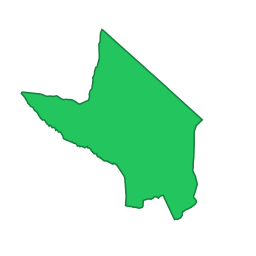 the district of San Miguel Mixtepec, Oaxaca, Mexico, rotated 224°
{"feature_id": "50627088B95758016663451", "entity_name": "San Miguel Mixtepec", "entity_type": "district", "adm_level": 2, "iso_a3": "MEX", "parent_name": "Mexico", "parent_adm1": "Oaxaca", "projection": "robinson", "projection_center": [-96.942, 16.759], "detail": "fine", "context": "isolated", "style": "filled", "palette": "green", "viewbox_px": 256, "rotation_deg": 224, "n_neighbors": 0, "source": "geoboundaries", "source_scale": "gbopen_adm2", "svg_char_len": 3738}
<svg xmlns="http://www.w3.org/2000/svg" viewBox="0 0 256 256"><g transform="rotate(224 128 128)"><path d="M215.2,180.7L213.6,177.0L209.1,171.9L207.9,170.6L207.3,168.2L197.3,158.5L192.7,150.5L193.3,149.4L191.1,145.0L189.9,143.9L189.2,142.5L188.6,141.3L188.4,140.0L188.4,139.6L186.9,138.8L183.9,134.9L183.2,133.6L182.3,132.5L181.9,132.3L181.4,131.6L181.1,128.6L180.0,126.4L179.1,125.0L178.4,124.7L177.0,123.1L176.4,122.0L175.7,120.2L176.6,118.3L178.7,113.1L179.3,111.8L180.5,110.9L183.7,110.6L187.2,109.6L188.9,108.8L189.4,108.0L190.1,107.6L190.8,106.8L192.1,106.0L192.4,105.6L193.4,104.5L193.6,104.3L194.0,103.8L194.9,103.3L195.5,102.8L196.8,102.6L197.7,102.3L198.1,102.4L199.4,102.0L200.1,102.1L201.9,101.4L202.5,100.4L203.1,99.5L204.1,98.7L204.6,98.0L205.0,97.7L205.9,97.3L206.1,97.0L207.2,95.8L207.8,94.9L208.8,94.2L210.7,93.2L212.1,92.9L212.8,92.6L213.8,92.0L214.9,91.4L228.8,80.6L228.9,80.2L229.1,79.7L228.6,78.6L227.3,78.6L225.9,78.6L223.2,78.2L222.1,78.0L221.6,77.6L220.7,77.5L219.7,77.3L219.3,77.2L218.4,76.8L217.6,76.4L215.9,76.2L213.6,76.0L212.5,76.1L211.8,76.5L210.7,76.6L209.6,76.5L208.1,75.9L206.6,75.8L205.8,76.0L204.8,76.1L204.4,75.9L204.0,75.9L203.6,76.0L203.1,75.8L200.2,74.9L199.8,74.9L199.5,74.7L198.1,74.7L198.0,74.3L197.7,74.2L196.8,74.2L195.8,74.4L195.1,74.2L194.0,75.5L193.7,75.7L191.4,75.3L191.2,75.0L190.0,75.0L189.2,74.7L187.1,74.8L186.3,74.5L186.0,74.6L185.8,75.0L186.1,75.7L186.0,75.9L184.8,76.0L183.1,75.8L182.8,75.6L181.4,77.2L179.5,76.9L178.5,76.1L178.2,77.1L176.4,77.2L175.7,76.9L174.9,76.9L174.1,77.9L173.5,78.1L172.2,78.0L172.1,77.7L168.8,76.9L167.7,76.0L167.4,75.6L166.1,75.7L165.8,75.9L164.9,76.5L163.9,76.5L162.8,77.1L159.6,78.3L159.0,78.5L158.5,79.2L156.8,79.2L154.7,80.7L154.3,80.5L152.6,80.2L151.9,79.8L151.0,81.2L150.7,81.4L149.7,81.1L148.7,82.4L147.1,83.3L145.4,83.7L144.8,85.5L144.4,86.4L144.0,86.1L143.0,85.8L141.8,86.8L140.4,86.7L140.0,86.9L139.7,86.9L139.4,86.4L138.4,86.1L137.1,86.4L136.4,86.0L135.9,86.4L135.3,86.4L135.0,86.0L134.8,85.9L133.5,86.7L132.7,87.5L132.1,87.0L130.1,86.3L129.1,87.1L128.3,87.0L127.5,87.1L126.9,87.7L126.5,87.3L126.2,87.3L125.5,87.6L124.1,87.5L123.7,87.6L123.3,88.0L122.4,87.7L122.2,87.8L121.8,88.4L121.4,88.5L120.6,89.6L120.2,89.7L119.8,89.5L119.2,90.1L118.8,90.2L118.6,90.0L117.0,90.6L115.6,90.8L115.2,90.9L115.1,91.0L113.7,91.4L113.8,91.9L113.8,92.0L113.9,92.3L114.0,92.4L114.0,92.5L113.9,92.8L113.7,92.8L113.4,92.8L113.2,92.8L113.0,93.0L112.9,93.0L112.7,93.0L112.4,93.2L112.3,93.3L112.2,93.3L112.0,93.5L111.9,93.5L111.8,93.4L111.7,93.4L111.4,93.3L111.2,93.3L110.9,93.4L110.7,93.4L110.5,93.5L110.4,93.5L110.4,93.8L110.2,93.9L109.9,93.8L109.9,93.7L109.7,93.6L109.4,93.5L109.2,93.5L109.1,93.4L108.9,93.3L96.2,90.4L89.1,84.1L81.5,77.2L75.9,70.5L74.1,71.4L73.9,71.6L73.7,71.9L73.3,72.2L72.3,72.7L70.7,74.0L70.1,74.4L69.0,74.5L68.8,74.9L68.5,75.6L67.8,76.0L67.4,76.2L67.1,76.3L66.5,76.9L66.2,77.2L65.0,77.4L64.6,77.8L64.3,78.3L63.3,79.4L62.6,81.3L62.8,81.9L63.1,82.4L63.7,83.0L65.3,84.9L66.4,86.4L66.3,87.6L65.4,88.7L65.0,89.7L64.7,90.5L63.0,91.9L61.8,93.0L61.8,93.5L61.2,94.6L61.4,95.9L60.9,97.3L59.6,98.5L58.6,98.4L57.5,98.6L57.3,101.9L56.0,104.0L31.0,94.5L30.0,96.0L29.1,96.4L28.2,98.4L27.8,99.6L27.8,100.7L28.1,101.7L28.4,103.0L30.7,105.9L30.1,106.4L29.7,109.0L28.8,111.2L28.7,111.5L28.6,111.8L28.4,112.0L27.4,115.2L27.0,118.1L26.9,119.5L26.9,120.5L27.2,122.3L28.6,123.2L30.4,123.6L32.2,123.5L32.9,123.9L33.6,124.8L34.2,126.4L35.1,128.1L38.9,135.4L41.1,137.1L43.9,138.6L45.4,139.8L51.9,142.3L53.7,144.9L57.1,148.4L59.9,152.1L68.0,161.1L74.4,167.8L77.8,171.3L80.6,177.2L80.2,185.5L125.4,184.1L130.7,184.0L132.8,183.9L144.9,183.5L153.4,183.1L161.6,182.9L193.1,181.7L202.0,181.4L214.0,181.0L215.2,180.7Z" fill="#22c55e" stroke="#15803d" stroke-width="1.5"/></g></svg>